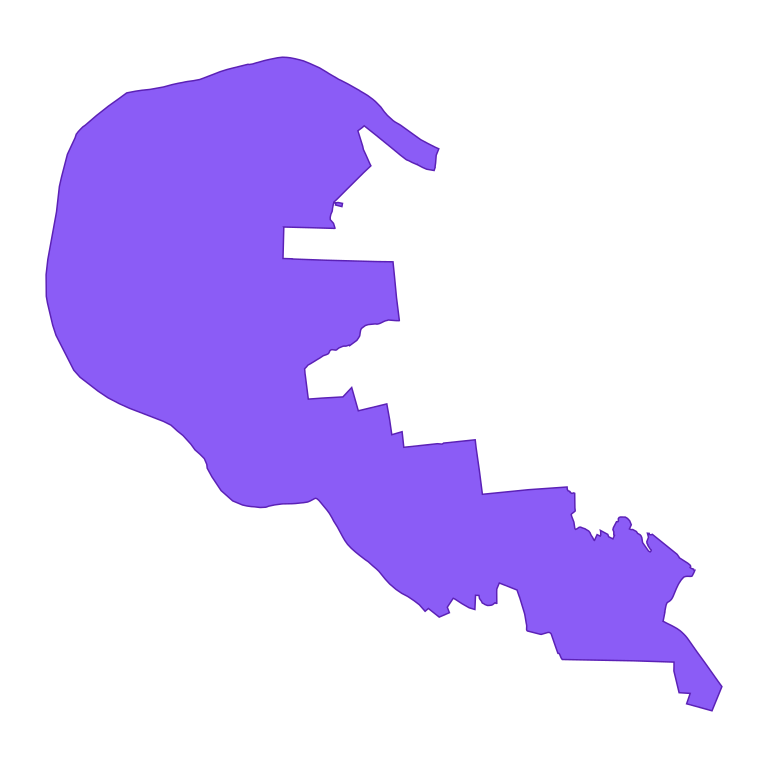 the district of Harsova, Constanta, Romania
{"feature_id": "2599482B54457444635574", "entity_name": "Harsova", "entity_type": "district", "adm_level": 2, "iso_a3": "ROU", "parent_name": "Romania", "parent_adm1": "Constanta", "projection": "albers", "projection_center": [27.999, 44.706], "detail": "fine", "context": "isolated", "style": "filled", "palette": "violet", "viewbox_px": 768, "rotation_deg": 0, "n_neighbors": 0, "source": "geoboundaries", "source_scale": "gbopen_adm2", "svg_char_len": 5993}
<svg xmlns="http://www.w3.org/2000/svg" viewBox="0 0 768 768"><path d="M242.5,505.0L247.0,506.0L251.3,506.6L254.5,506.8L260.1,507.5L262.4,507.4L265.8,507.2L267.1,506.8L268.6,506.2L274.7,504.9L282.3,503.9L292.1,503.7L295.6,503.5L301.0,502.9L303.4,502.7L307.7,502.0L310.1,501.0L314.8,498.5L315.8,498.3L317.1,498.8L319.1,500.6L326.9,510.0L329.4,513.4L332.1,518.0L333.7,521.1L337.4,527.0L342.8,537.0L344.9,540.6L347.6,544.4L351.3,548.3L355.7,552.2L359.4,555.2L365.4,559.8L368.2,561.7L372.6,565.7L376.4,568.9L378.9,571.3L385.3,579.2L389.7,584.0L396.0,589.4L401.7,593.3L407.8,596.5L414.2,600.8L419.4,604.8L425.1,611.3L428.4,608.5L439.2,617.1L449.4,612.7L447.3,607.2L453.2,598.3L453.4,598.3L455.3,599.3L461.7,603.5L464.8,605.3L469.2,607.8L474.9,609.5L475.5,595.3L478.5,595.4L478.9,595.4L479.1,596.2L479.4,598.3L480.0,599.3L481.3,601.0L482.3,603.0L483.6,603.6L484.7,604.4L486.4,605.1L487.7,605.5L489.5,605.4L491.2,605.2L492.6,604.7L495.0,602.8L495.4,602.8L495.7,603.2L496.1,603.4L496.8,603.3L496.7,591.8L496.8,589.0L499.3,583.0L517.0,590.0L519.4,596.9L519.5,596.9L524.2,612.3L524.7,614.1L525.3,617.5L526.1,622.4L526.6,625.0L526.7,626.0L526.6,628.9L526.6,629.7L526.8,630.2L527.1,630.7L527.5,631.0L540.0,634.2L541.2,634.4L548.1,632.4L549.4,632.5L550.2,632.9L550.8,633.4L551.3,634.2L551.8,635.7L555.4,646.2L557.8,653.0L558.0,653.4L558.8,653.4L559.4,653.9L560.1,655.4L560.6,656.7L561.3,658.2L562.0,659.2L562.3,659.5L633.3,660.8L674.0,662.1L674.0,666.5L673.9,671.0L679.1,692.7L690.2,693.4L686.6,703.8L712.0,710.8L721.7,687.1L721.9,686.6L718.2,681.5L704.9,662.7L696.8,651.6L687.4,638.2L685.6,636.0L683.8,634.1L681.6,632.0L680.1,630.7L677.1,628.6L674.1,626.9L671.7,625.6L666.8,623.2L663.0,621.2L663.2,620.8L664.9,612.2L664.7,612.2L665.8,606.4L666.2,604.8L666.8,603.3L667.1,602.8L667.8,602.2L669.0,601.5L670.2,600.6L670.8,600.0L671.6,599.1L672.4,597.8L673.1,596.4L676.3,588.7L678.2,584.7L679.1,583.1L680.1,581.6L681.0,580.2L682.4,578.6L683.7,577.2L684.2,576.9L685.5,576.5L687.0,576.3L690.9,576.4L691.8,576.2L692.2,575.9L693.9,572.6L694.9,570.2L693.9,570.1L693.5,569.8L693.5,569.1L691.4,568.4L690.1,567.5L690.7,566.2L690.0,565.0L687.8,563.2L679.2,557.7L679.2,557.3L677.1,554.3L652.3,534.3L651.1,534.8L649.0,534.5L649.2,533.4L647.4,533.2L648.5,537.3L646.8,541.7L647.1,543.7L647.9,544.6L647.9,545.5L650.3,549.2L650.9,549.6L651.2,550.1L651.2,550.7L650.1,551.9L648.5,551.0L642.6,542.6L641.8,537.6L641.0,535.8L640.0,534.7L637.6,533.4L636.4,531.5L632.7,529.5L631.0,529.6L629.4,528.9L631.3,524.8L629.7,520.8L627.5,518.4L625.3,517.1L620.4,517.0L619.1,517.5L618.3,518.7L618.4,520.9L617.9,521.7L616.5,521.7L613.4,527.6L612.9,529.7L613.8,531.8L613.8,535.0L614.5,535.3L612.9,538.9L608.6,536.7L607.8,534.4L600.4,530.4L600.7,531.9L600.7,535.2L600.2,536.1L597.1,534.6L594.8,539.6L594.5,540.4L594.2,540.3L593.7,539.7L592.6,537.4L591.7,536.1L590.7,534.4L590.1,532.8L588.7,531.0L585.8,529.3L585.1,528.8L582.4,527.9L580.8,527.2L580.0,527.1L579.3,527.3L578.7,527.5L577.5,528.5L575.7,529.4L575.1,528.9L574.8,528.3L573.9,522.1L571.7,516.4L571.2,514.6L571.6,513.9L574.3,511.8L575.1,511.1L575.2,510.4L574.9,507.9L574.7,493.3L573.7,492.9L571.9,493.4L570.1,492.4L570.1,491.7L569.6,491.3L568.1,490.8L567.3,489.4L567.1,487.0L528.5,489.7L482.4,494.3L479.5,471.6L476.1,447.7L475.2,439.8L443.5,443.1L443.3,443.4L442.0,444.1L437.5,443.7L403.8,447.3L402.1,431.7L391.8,434.7L389.6,419.5L386.8,403.9L358.3,410.8L351.7,387.5L342.9,396.9L322.0,398.1L308.3,399.1L305.2,374.6L305.1,374.4L304.7,369.4L304.6,368.8L306.4,367.0L307.6,365.5L308.1,365.0L310.5,363.7L317.0,359.7L319.7,358.1L323.3,355.7L326.5,354.6L328.0,353.9L328.6,353.4L329.3,352.1L329.9,350.7L330.7,350.1L331.5,349.7L332.5,349.7L335.4,350.1L336.2,350.0L336.7,349.8L337.3,349.2L339.0,347.9L342.6,346.4L343.8,346.1L346.0,346.1L349.2,345.1L349.6,345.7L356.9,340.3L358.8,337.5L359.7,335.9L360.0,334.0L360.2,332.5L360.7,330.0L361.2,328.9L362.0,328.0L365.4,325.5L368.2,324.6L375.2,323.9L376.9,324.1L377.9,324.0L379.6,323.5L381.2,322.8L384.0,321.4L386.0,320.6L386.7,320.6L387.5,320.3L388.3,320.0L395.5,320.6L399.1,320.7L399.3,320.6L399.3,320.0L396.5,297.6L394.5,276.6L393.0,261.8L377.4,261.6L325.1,260.2L292.3,259.0L292.3,258.8L283.0,258.5L283.8,227.5L283.6,227.0L310.8,227.7L334.7,228.4L335.0,228.2L333.6,223.6L333.4,223.2L330.3,219.7L330.2,217.4L330.5,215.9L330.9,214.2L332.1,211.5L332.4,209.8L332.5,208.5L333.5,203.5L334.4,203.0L334.7,202.9L335.9,203.0L335.5,205.0L341.9,206.6L342.5,203.4L338.1,202.5L335.9,202.8L334.8,202.7L334.2,202.9L333.7,203.2L333.8,202.2L336.7,199.5L347.3,188.9L363.6,172.7L370.9,165.8L370.0,164.1L366.0,155.1L363.4,149.5L362.7,146.2L357.9,130.8L362.3,127.5L364.2,125.8L374.9,134.3L390.9,147.3L400.2,155.0L405.9,159.4L406.9,160.0L408.8,160.7L412.0,162.4L417.1,164.6L417.4,164.4L417.6,164.8L422.5,167.4L426.6,169.2L434.1,170.5L435.2,167.2L435.1,166.5L435.6,163.0L436.2,155.3L438.8,148.8L435.2,147.2L427.9,143.5L420.6,139.6L419.3,138.6L418.8,138.3L400.9,125.4L400.3,125.0L395.1,122.0L393.1,120.6L387.4,115.4L384.2,111.7L380.8,107.0L377.0,103.1L375.5,101.6L372.7,99.2L367.7,95.5L364.6,93.6L359.8,90.8L359.7,90.6L348.0,84.0L340.8,80.3L338.6,79.3L337.7,78.7L328.6,73.4L327.6,72.7L319.6,67.9L310.1,63.6L303.5,60.9L300.5,60.1L300.3,60.0L294.9,58.7L290.3,57.8L286.8,57.4L282.4,57.2L277.4,57.8L269.1,59.5L264.3,60.6L257.7,62.5L256.7,62.7L252.5,64.0L249.3,64.5L248.0,64.3L245.9,64.8L232.2,68.2L227.1,69.5L220.1,71.7L213.2,74.4L199.8,79.5L193.4,80.7L187.5,81.5L184.7,82.0L183.0,82.4L178.1,83.3L172.2,84.6L163.4,87.0L150.1,89.4L141.6,90.3L135.5,91.2L126.7,92.9L119.5,98.2L108.7,105.9L96.5,115.5L85.0,125.4L82.9,126.8L80.5,129.2L78.1,131.8L76.5,134.0L76.3,134.1L75.1,137.8L67.4,154.3L61.5,177.1L59.4,186.4L56.5,211.9L47.8,259.6L46.1,274.7L46.3,296.3L47.5,303.1L52.7,325.1L56.0,335.3L73.8,370.2L80.1,377.3L98.4,391.4L108.0,397.8L119.5,403.8L129.5,408.3L163.0,421.2L170.9,425.1L177.4,431.0L183.0,435.5L190.9,444.2L195.0,449.9L199.8,454.1L204.3,458.6L206.8,464.4L207.2,468.2L211.9,476.8L221.1,490.6L232.7,500.9L242.5,505.0Z" fill="#8b5cf6" stroke="#5b21b6" stroke-width="1.5"/></svg>